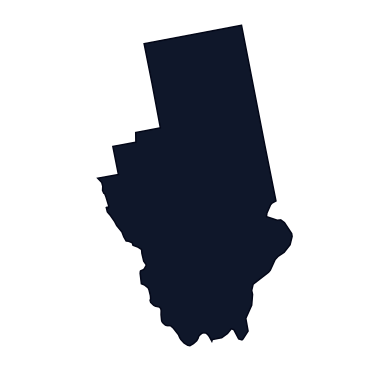 the district of Hancock, Mississippi, United States of America, rotated 349°
{"feature_id": "52423323B49198903326940", "entity_name": "Hancock", "entity_type": "district", "adm_level": 2, "iso_a3": "USA", "parent_name": "United States of America", "parent_adm1": "Mississippi", "projection": "equal_earth", "projection_center": [-89.556, 30.411], "detail": "fine", "context": "isolated", "style": "filled", "palette": "ink", "viewbox_px": 384, "rotation_deg": 349, "n_neighbors": 0, "source": "geoboundaries", "source_scale": "gbopen_adm2", "svg_char_len": 1572}
<svg xmlns="http://www.w3.org/2000/svg" viewBox="0 0 384 384"><g transform="rotate(349 192 192)"><path d="M102.1,160.5L105.2,165.4L105.5,169.3L104.5,173.4L105.2,176.4L106.0,177.0L106.6,180.3L107.6,190.0L106.8,191.7L106.3,191.7L105.8,190.7L104.9,190.9L105.1,195.3L106.1,197.2L107.3,199.2L110.4,206.2L111.7,210.6L115.6,217.9L116.5,223.0L118.0,227.5L120.2,228.2L123.2,230.1L123.7,230.9L123.9,233.0L128.3,235.7L131.5,238.8L131.1,242.9L131.4,250.7L133.0,254.3L133.2,255.1L130.5,258.3L129.3,259.0L126.5,259.6L126.2,260.0L125.6,261.9L124.8,272.4L127.6,274.2L130.6,277.7L131.1,279.7L131.4,285.8L131.0,289.1L130.7,289.4L130.2,290.4L130.4,292.5L132.8,295.9L134.3,297.1L138.1,298.7L139.1,300.5L139.1,302.6L138.2,306.6L137.7,311.7L137.7,312.9L138.2,314.5L139.9,316.9L140.8,317.8L142.3,318.5L145.4,319.1L147.6,321.9L151.5,329.5L152.2,332.8L153.0,334.8L155.4,338.7L158.5,341.6L160.6,342.5L164.5,341.1L168.2,338.9L170.1,336.7L170.9,335.1L172.0,334.1L174.7,332.6L176.0,332.4L178.6,333.0L180.1,334.7L181.3,337.0L183.0,342.2L183.8,340.7L193.4,340.7L199.8,337.7L204.6,333.7L206.8,335.2L209.8,345.1L212.8,346.7L213.9,346.1L220.5,339.2L220.7,326.3L229.0,314.5L231.9,304.1L231.8,300.0L234.4,294.2L251.8,285.4L253.9,283.7L260.7,274.2L264.2,271.6L270.9,268.8L278.2,262.5L281.8,254.7L281.9,251.8L276.9,239.7L273.8,236.3L270.3,236.0L266.3,233.7L260.4,230.4L261.5,227.0L266.7,219.5L268.6,218.1L272.7,216.8L272.4,160.2L272.4,100.8L272.4,37.8L173.3,37.3L173.5,78.2L173.2,123.0L148.1,122.9L146.4,132.4L123.0,132.2L123.1,160.8L102.1,160.5Z" fill="#0f172a" stroke="#020617" stroke-width="1.5"/></g></svg>